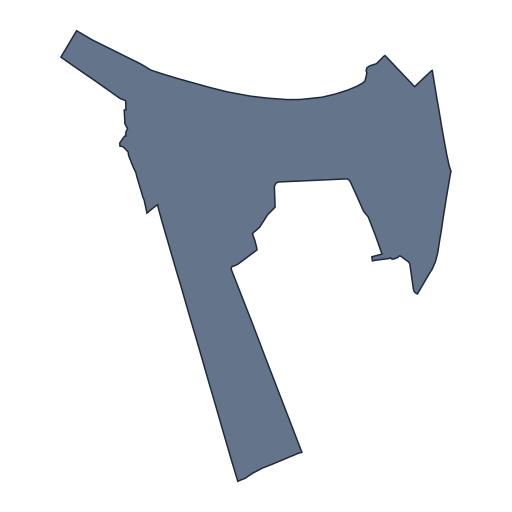 Thanh Khe, Đà Nẵng, Vietnam
{"feature_id": "81297802B31644345342604", "entity_name": "Thanh Khe", "entity_type": "district", "adm_level": 2, "iso_a3": "VNM", "parent_name": "Vietnam", "parent_adm1": "Đà Nẵng", "projection": "robinson", "projection_center": [108.193, 16.056], "detail": "fine", "context": "isolated", "style": "filled", "palette": "slate", "viewbox_px": 512, "rotation_deg": 0, "n_neighbors": 0, "source": "geoboundaries", "source_scale": "gbopen_adm2", "svg_char_len": 2379}
<svg xmlns="http://www.w3.org/2000/svg" viewBox="0 0 512 512"><path d="M237.8,481.3L242.5,479.3L244.8,478.5L252.5,473.3L260.6,469.0L261.9,468.3L273.0,463.9L298.5,453.2L301.9,452.4L292.7,428.4L266.2,359.7L252.1,322.6L232.5,272.6L231.1,268.8L232.0,266.5L234.3,265.9L238.0,264.1L257.0,249.9L256.6,247.3L254.8,240.3L253.2,235.8L252.5,233.4L259.6,227.3L267.8,214.5L275.1,207.2L274.4,186.4L275.7,183.6L276.9,182.6L278.4,182.0L305.0,180.8L346.3,178.9L347.9,179.2L349.8,180.7L357.3,197.1L363.4,210.9L365.1,213.2L367.9,216.5L368.5,217.6L375.4,235.4L376.0,237.1L382.0,254.1L371.8,256.8L372.4,260.9L375.0,260.3L388.6,258.6L390.5,257.8L390.9,258.4L391.4,258.8L392.0,259.1L392.6,259.1L393.2,258.9L394.0,259.0L397.8,257.4L399.4,255.9L400.6,256.1L407.1,260.9L408.6,262.0L409.3,263.0L409.5,263.4L409.9,264.7L410.3,267.6L410.9,271.7L413.1,287.0L413.3,288.4L413.6,289.9L414.0,291.3L415.0,292.5L415.8,293.1L417.4,294.0L429.2,273.8L432.1,269.3L435.4,261.7L437.7,253.1L439.7,240.1L441.2,231.4L443.0,219.0L443.8,214.1L446.1,199.3L450.7,172.3L451.1,171.4L450.6,170.3L449.1,165.6L448.1,160.9L446.8,154.9L445.0,145.2L444.2,140.8L441.8,127.2L441.7,126.6L438.4,106.9L436.7,97.3L432.3,70.5L431.6,70.7L425.0,76.8L414.6,86.7L385.1,55.6L383.8,56.3L376.4,63.7L369.8,65.8L367.1,67.6L366.1,70.3L366.8,73.0L366.0,76.9L364.8,81.3L362.2,83.3L358.6,85.3L356.8,86.3L347.5,90.2L335.1,94.1L322.1,97.2L300.2,99.5L287.2,99.6L267.2,98.1L250.2,96.1L227.5,91.9L217.1,89.3L209.9,87.5L176.8,78.3L161.5,73.6L153.0,70.8L150.4,69.9L145.1,66.5L139.5,63.3L126.9,57.1L92.8,40.2L76.6,30.7L60.9,57.1L75.1,67.1L96.9,82.1L120.4,98.7L125.7,100.7L125.9,109.9L124.2,110.0L124.9,123.5L125.0,123.8L125.2,124.3L125.5,124.8L125.8,125.5L126.2,126.4L126.7,127.1L127.0,127.6L127.3,128.0L127.5,128.5L127.5,128.9L127.3,129.2L127.1,129.6L126.7,130.3L126.4,130.9L126.1,131.6L125.8,132.8L125.9,136.0L124.4,136.2L123.7,137.3L119.8,142.8L119.9,146.1L122.4,146.6L123.4,147.0L128.2,152.1L128.4,153.9L128.6,155.4L129.0,156.6L129.6,158.1L130.1,159.2L130.7,160.6L131.2,162.3L132.0,164.1L132.6,165.6L133.2,167.0L133.7,168.1L133.9,168.6L134.3,169.3L135.9,172.7L136.8,176.6L143.0,197.4L144.1,199.9L147.0,213.2L151.7,209.1L156.1,205.7L157.8,204.8L158.0,206.9L161.9,221.2L169.5,247.3L176.3,270.7L181.2,287.0L190.0,317.6L198.5,346.4L208.5,381.2L210.3,387.4L215.2,404.0L222.6,429.8L230.8,458.0L237.8,481.3Z" fill="#64748b" stroke="#1e293b" stroke-width="1.5"/></svg>